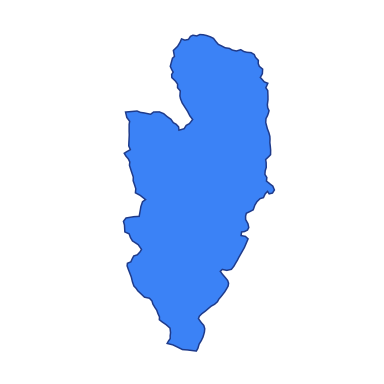 outline of Joanópolis, São Paulo, Brazil, rotated 281°
{"feature_id": "56859067B24440388490831", "entity_name": "Joanópolis", "entity_type": "district", "adm_level": 2, "iso_a3": "BRA", "parent_name": "Brazil", "parent_adm1": "São Paulo", "projection": "natural_earth1", "projection_center": [-46.213, -22.935], "detail": "fine", "context": "isolated", "style": "filled", "palette": "blue", "viewbox_px": 384, "rotation_deg": 281, "n_neighbors": 0, "source": "geoboundaries", "source_scale": "gbopen_adm2", "svg_char_len": 2882}
<svg xmlns="http://www.w3.org/2000/svg" viewBox="0 0 384 384"><g transform="rotate(281 192 192)"><path d="M217.1,118.1L214.6,120.3L212.4,123.1L209.6,125.2L206.3,125.5L201.3,128.2L195.5,131.5L191.8,132.1L188.7,133.9L184.5,136.2L180.4,136.6L178.8,141.8L175.7,147.8L173.0,145.3L167.9,144.6L164.9,144.7L158.0,144.8L156.7,139.7L153.9,132.2L150.1,130.3L146.7,132.0L140.0,133.7L138.9,138.3L135.5,140.3L132.6,142.9L130.0,149.3L126.0,153.4L123.3,152.4L119.9,150.3L118.1,147.0L114.8,146.0L111.8,145.3L109.7,142.2L107.1,142.4L104.2,144.1L101.2,146.0L97.0,148.6L92.4,150.7L88.6,152.9L86.7,155.6L84.7,157.6L82.3,161.4L79.7,165.4L79.6,170.5L77.4,173.5L74.5,175.0L71.6,177.6L69.3,179.9L66.1,181.8L63.2,183.9L60.4,184.3L58.7,187.6L56.9,191.8L54.2,196.4L49.8,197.8L46.7,198.0L44.0,198.6L41.1,197.3L38.6,196.5L38.3,202.3L37.0,207.3L35.5,212.7L36.1,217.6L36.4,222.3L36.7,226.6L39.6,227.6L44.0,228.0L48.0,229.5L51.5,230.4L54.2,230.7L56.9,230.9L60.2,230.6L63.3,229.0L65.5,226.1L68.9,222.5L71.5,222.9L74.3,224.8L77.7,227.9L80.9,230.4L83.7,232.7L86.1,235.6L89.1,237.9L92.0,238.8L94.8,240.4L97.5,241.8L100.3,243.2L103.5,244.4L106.5,245.4L109.4,245.3L111.9,243.9L114.1,241.3L117.2,237.4L119.5,234.9L121.8,236.5L121.7,241.1L123.6,245.4L127.0,247.2L130.8,248.5L133.8,249.6L136.4,250.3L147.4,254.0L156.7,256.0L158.6,252.9L158.6,248.5L162.2,248.3L163.2,251.1L165.2,253.7L167.9,254.5L171.5,253.0L175.2,249.9L178.6,249.2L181.5,249.4L184.2,253.0L186.2,255.5L191.1,256.2L194.9,257.6L198.5,260.1L200.1,263.2L204.1,264.2L207.0,266.0L204.9,268.1L206.3,271.2L209.7,272.5L213.2,270.2L215.0,266.6L216.9,263.0L220.5,262.7L223.2,260.2L226.8,259.8L230.3,260.2L234.9,259.2L237.9,258.1L241.4,260.6L243.6,262.0L248.1,261.2L251.6,260.2L255.3,259.0L258.7,258.5L261.5,257.8L264.8,256.2L268.5,253.9L274.3,251.1L278.2,250.6L281.2,251.5L283.7,251.9L286.5,252.1L289.0,250.3L292.1,249.3L296.9,249.0L300.4,248.3L306.0,247.0L308.4,244.6L313.2,245.7L313.9,241.9L317.5,237.2L321.5,238.5L326.1,237.9L328.2,234.1L330.7,232.5L333.9,232.0L336.4,228.5L338.8,226.9L340.1,223.4L339.6,219.2L339.8,216.1L341.0,212.7L338.9,208.7L339.0,204.5L340.1,201.3L339.9,197.0L341.1,192.9L341.9,189.7L344.3,186.7L346.9,183.8L347.8,180.6L348.4,176.4L348.5,173.1L348.1,169.7L346.1,166.9L346.1,163.0L344.5,160.8L341.1,159.4L339.7,156.0L340.3,152.5L336.7,151.7L332.3,150.1L327.4,146.7L321.7,148.9L319.6,147.3L311.2,146.7L308.2,148.8L306.1,150.6L303.5,149.6L300.4,150.4L297.7,154.6L295.1,157.3L291.6,157.9L289.0,161.2L284.0,161.8L281.4,162.9L277.5,165.4L270.4,172.2L266.3,175.4L263.3,178.8L258.6,176.4L256.3,173.6L252.6,172.2L250.2,167.4L253.4,166.4L255.5,163.5L256.5,160.4L259.4,157.4L261.3,153.1L263.5,149.3L264.4,144.7L263.2,139.1L260.4,136.5L260.5,129.8L260.3,126.1L261.0,122.6L257.8,111.5L252.7,113.8L249.5,117.3L246.4,117.4L239.6,118.7L236.1,119.5L225.2,121.1L221.8,123.4L219.1,120.2L217.1,118.1Z" fill="#3b82f6" stroke="#1e3a8a" stroke-width="1.5"/></g></svg>